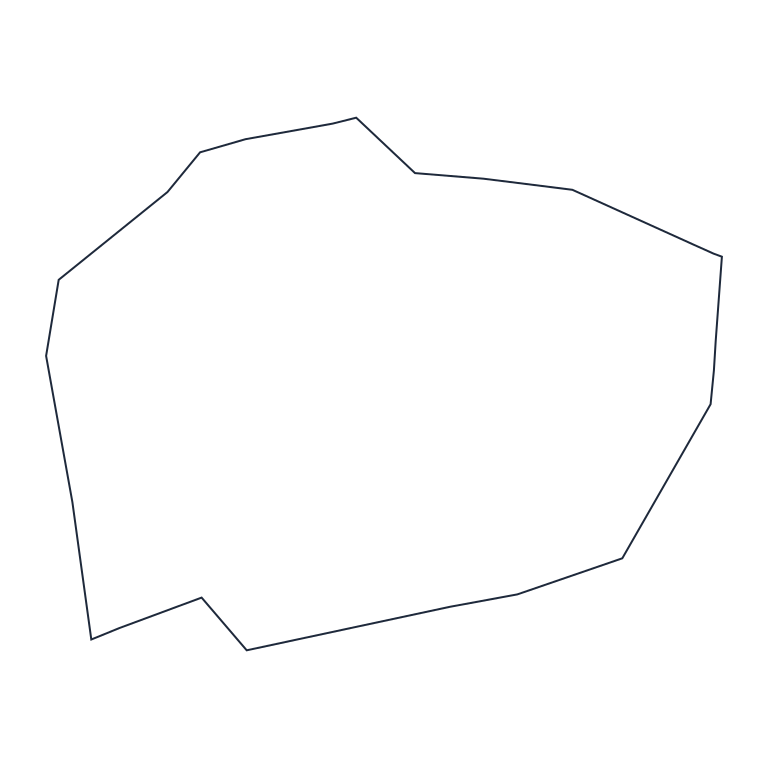 Govi-Ugtaal, Dundgovi, Mongolia, rotated 270°
{"feature_id": "93677404B40733241475211", "entity_name": "Govi-Ugtaal", "entity_type": "district", "adm_level": 2, "iso_a3": "MNG", "parent_name": "Mongolia", "parent_adm1": "Dundgovi", "projection": "mercator", "projection_center": [107.52, 45.999], "detail": "fine", "context": "isolated", "style": "outline", "palette": "slate", "viewbox_px": 768, "rotation_deg": 270, "n_neighbors": 0, "source": "geoboundaries", "source_scale": "gbopen_adm2", "svg_char_len": 462}
<svg xmlns="http://www.w3.org/2000/svg" viewBox="0 0 768 768"><g transform="rotate(270 384 384)"><path d="M650.3,356.2L644.4,332.7L628.8,245.5L615.7,200.1L576.0,167.5L488.2,58.7L412.1,46.1L265.8,72.4L128.5,91.3L140.0,119.5L170.4,201.6L117.7,246.7L161.2,449.9L173.6,517.3L209.7,622.3L363.8,710.6L397.5,713.9L427.0,715.7L511.3,721.9L514.4,713.5L523.7,692.8L578.2,572.4L589.3,483.5L594.9,415.0L650.3,356.2Z" fill="none" stroke="#1e293b" stroke-width="2"/></g></svg>